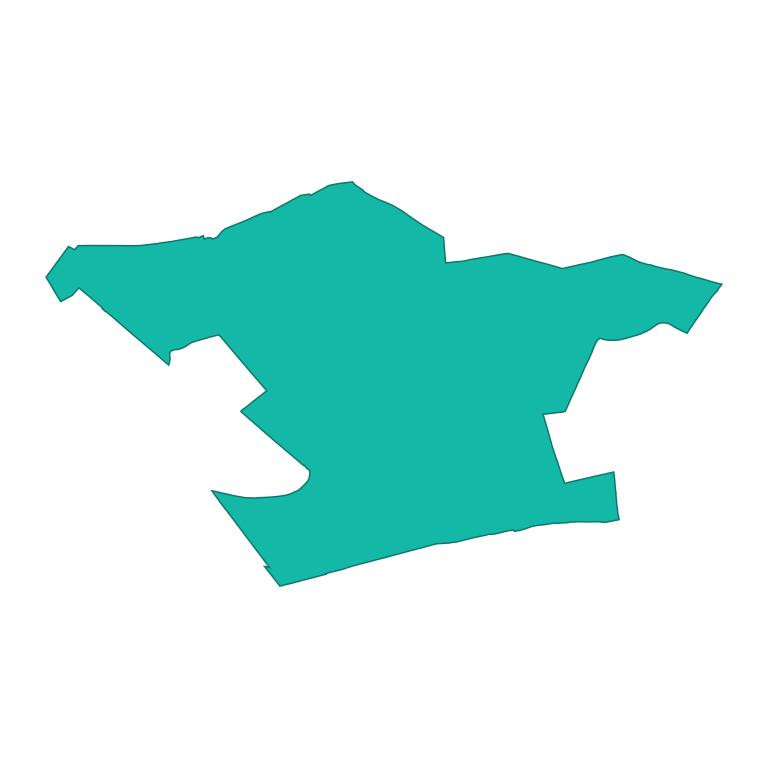 Montfoort, Utrecht, Netherlands
{"feature_id": "6326949B42908335421355", "entity_name": "Montfoort", "entity_type": "district", "adm_level": 2, "iso_a3": "NLD", "parent_name": "Netherlands", "parent_adm1": "Utrecht", "projection": "natural_earth1", "projection_center": [4.943, 52.045], "detail": "fine", "context": "isolated", "style": "filled", "palette": "teal", "viewbox_px": 768, "rotation_deg": 0, "n_neighbors": 0, "source": "geoboundaries", "source_scale": "gbopen_adm2", "svg_char_len": 6025}
<svg xmlns="http://www.w3.org/2000/svg" viewBox="0 0 768 768"><path d="M619.0,518.4L618.1,515.1L618.0,514.7L617.4,508.6L616.9,505.5L616.9,505.2L616.7,503.2L616.7,502.9L616.6,502.5L616.6,502.0L616.6,501.6L616.5,501.2L616.4,499.1L616.3,498.7L615.9,495.8L616.0,495.4L615.8,494.1L616.0,493.8L615.9,493.8L615.6,490.0L615.2,487.6L614.9,482.8L614.9,482.6L614.7,480.5L614.7,480.1L614.4,477.4L613.8,472.0L586.5,478.2L564.6,483.3L563.9,481.0L562.2,476.3L561.8,475.1L560.8,472.3L557.1,460.7L555.6,456.6L552.3,446.6L550.2,439.1L550.1,438.6L548.1,431.4L544.6,419.6L543.1,414.3L544.3,414.2L546.5,414.0L549.9,413.5L560.3,412.3L563.7,411.9L564.9,411.4L565.2,411.3L565.9,410.0L570.3,399.9L576.6,386.1L578.1,382.5L578.8,381.4L579.6,379.4L579.8,379.4L579.9,378.9L580.1,378.4L584.7,367.7L587.2,362.4L588.9,359.2L589.8,357.1L592.4,351.2L592.6,350.6L592.7,350.0L592.7,349.8L592.8,349.6L592.6,349.5L592.8,349.0L593.2,348.3L593.5,347.7L593.6,347.8L594.3,346.4L596.0,342.2L596.4,342.1L596.7,341.5L596.5,341.4L597.2,340.5L600.1,338.2L602.8,339.2L604.6,339.6L606.6,340.0L608.4,340.2L611.7,340.3L616.3,340.2L617.4,340.1L620.3,339.7L624.1,338.8L628.8,337.5L638.1,334.8L640.4,334.0L641.9,333.4L646.6,331.2L649.4,329.7L650.5,329.0L653.7,326.7L655.0,325.9L656.7,324.6L658.0,323.9L658.9,323.5L659.9,323.1L660.7,323.0L662.9,322.8L664.3,322.8L667.0,323.2L668.1,323.4L669.0,323.8L670.4,324.5L674.6,327.1L680.2,330.0L687.1,333.3L689.2,329.9L694.7,321.9L695.3,320.9L695.7,319.9L696.1,319.9L701.9,311.6L702.0,311.2L702.6,310.2L704.3,307.7L705.8,305.8L705.7,305.7L709.0,301.2L708.8,301.1L712.7,295.7L714.5,293.7L714.7,293.4L714.8,293.5L716.7,291.5L717.7,290.5L717.7,289.8L720.4,286.2L721.9,284.3L720.5,283.9L718.7,283.6L716.0,282.8L714.5,282.4L709.6,281.1L704.1,279.4L698.9,277.9L696.6,277.5L694.7,276.8L690.6,275.5L684.7,273.3L675.8,271.0L670.3,269.6L666.1,269.0L660.2,267.6L654.9,266.3L651.0,265.0L648.0,264.6L645.7,264.0L640.9,262.6L639.7,262.2L637.3,261.2L632.7,258.8L631.0,258.0L630.3,257.5L625.8,255.7L624.3,255.0L623.8,254.8L623.0,254.6L621.9,254.7L619.9,255.0L613.1,256.4L611.1,256.8L606.6,258.0L605.3,258.3L600.8,259.6L597.5,260.4L590.4,262.4L578.8,264.8L574.2,265.9L571.0,266.6L563.7,268.3L562.2,268.5L561.6,268.4L556.4,266.8L548.0,264.4L534.8,260.9L529.2,259.3L523.5,257.7L516.3,255.6L514.2,255.1L509.3,253.7L507.5,253.4L502.4,254.1L488.0,256.7L473.1,259.1L467.8,260.1L466.4,260.6L465.3,260.8L460.8,261.5L459.4,261.5L454.8,261.9L448.7,262.6L445.6,262.8L445.5,261.7L445.2,257.0L444.6,251.0L444.3,246.6L443.6,237.5L426.0,227.1L422.7,225.2L415.9,220.7L414.7,219.8L407.6,214.9L404.8,212.8L401.8,210.8L393.7,206.0L392.0,205.1L386.6,202.8L378.5,199.5L373.0,196.7L367.1,193.5L364.5,191.9L363.8,191.5L363.3,190.3L355.8,185.4L353.9,183.6L352.5,181.9L340.2,183.4L334.7,184.3L328.6,185.6L310.6,195.4L309.5,194.1L300.7,195.4L269.8,212.2L269.7,212.1L269.8,212.1L269.5,211.7L261.8,213.4L257.0,215.4L244.4,221.1L228.3,227.5L225.4,228.8L222.8,230.6L221.3,232.1L217.8,236.4L218.0,236.7L212.4,239.2L211.4,237.9L207.3,237.9L204.5,239.1L203.8,237.4L203.2,235.7L198.8,237.6L196.9,237.5L196.7,237.0L172.2,241.4L161.2,242.9L158.2,243.5L149.5,244.5L139.8,245.6L131.1,245.7L91.9,245.5L78.2,245.7L74.5,249.7L68.5,246.5L57.6,261.4L56.2,263.4L55.0,264.9L54.7,265.4L54.1,266.2L52.7,268.1L51.4,270.0L50.1,271.6L46.1,277.2L50.3,284.1L53.5,289.7L56.1,294.1L60.7,301.6L72.3,295.3L78.9,287.9L91.1,298.0L91.9,298.8L95.9,302.2L98.5,304.5L101.3,306.8L103.0,308.6L102.4,308.8L105.2,311.4L106.1,311.7L106.9,312.3L113.8,318.1L131.7,333.6L156.9,354.9L160.9,358.4L164.8,361.8L168.7,365.1L169.7,361.5L170.0,359.6L170.1,358.9L170.0,358.0L169.7,355.1L169.7,354.2L169.8,353.3L169.9,352.6L170.2,352.1L170.8,351.4L171.5,350.9L172.9,350.2L174.0,349.9L174.7,349.7L178.0,349.4L178.8,349.3L179.9,348.9L182.0,348.2L183.2,347.7L185.3,346.5L186.6,345.8L189.6,343.7L191.2,342.8L193.0,342.1L195.7,341.2L211.0,336.8L216.6,335.4L218.8,334.8L220.8,336.9L226.6,343.6L229.6,347.3L232.1,350.3L239.1,358.5L245.6,366.2L249.9,371.2L255.9,378.2L265.4,389.2L266.7,390.8L258.2,397.5L254.1,400.6L251.6,402.7L245.4,407.6L241.5,410.5L241.3,410.7L241.0,411.1L240.9,411.6L258.0,426.5L266.4,433.9L272.6,439.2L273.6,440.0L274.0,440.6L274.4,440.8L275.4,441.6L292.5,456.1L300.5,462.9L301.2,463.6L302.8,464.9L303.8,465.6L304.2,465.3L306.4,467.9L307.3,468.7L309.8,470.6L309.9,472.6L309.7,474.4L309.4,476.7L309.1,478.0L308.7,479.3L307.9,480.7L307.3,481.6L305.2,483.9L300.4,488.6L299.3,489.5L297.8,490.6L293.1,492.6L291.0,493.7L290.1,494.0L287.3,494.8L285.6,495.3L279.9,496.2L274.4,496.8L268.0,497.3L261.1,497.6L254.2,498.0L252.7,498.0L245.5,497.7L243.9,497.5L235.4,496.0L233.2,495.6L226.2,493.9L222.6,493.2L215.1,491.4L213.0,491.0L211.9,490.9L218.2,499.5L222.6,505.6L223.5,506.6L224.5,508.2L226.8,510.8L227.6,511.9L237.3,524.7L237.4,525.3L237.9,525.6L238.9,526.8L244.6,534.5L269.5,567.5L268.9,567.3L267.4,567.0L265.9,566.6L264.5,566.4L278.3,584.0L279.9,586.1L282.0,585.7L283.6,585.1L286.3,584.5L290.3,583.6L295.6,582.2L296.3,582.0L298.1,581.5L300.6,580.9L302.4,580.3L310.5,578.3L319.4,575.9L320.0,575.8L323.0,574.9L326.0,574.2L325.7,573.7L330.4,572.3L335.2,571.2L344.4,568.8L348.2,567.3L350.7,566.7L351.2,566.5L355.0,565.4L360.2,564.0L363.6,563.2L364.7,562.8L368.2,561.9L369.7,561.6L374.3,560.3L388.4,556.7L391.2,555.8L394.8,554.9L399.4,553.7L402.9,552.8L406.0,551.9L424.6,547.0L429.0,545.8L432.4,544.8L437.3,543.7L442.4,543.4L443.0,543.4L447.5,543.1L447.9,543.2L449.6,542.9L450.4,542.7L455.7,542.1L457.6,541.7L469.9,538.6L474.5,537.5L486.8,534.9L488.3,534.4L489.5,534.3L493.0,534.2L494.1,534.1L498.7,533.1L509.1,530.6L510.7,530.5L512.0,530.3L512.5,530.1L513.6,529.9L513.9,530.9L514.5,530.8L514.8,531.4L517.4,530.7L518.8,530.6L522.4,529.7L524.6,529.0L532.7,526.2L538.1,525.3L539.2,525.1L543.6,524.8L553.7,523.2L554.3,523.2L559.7,523.2L563.0,522.8L567.1,522.8L568.6,522.4L571.7,521.9L572.2,521.9L573.1,522.1L576.4,521.9L577.1,521.8L578.7,521.7L586.8,521.9L594.7,521.8L597.4,521.6L601.9,522.1L604.2,522.3L605.3,522.4L614.2,520.6L615.8,520.4L619.1,519.6L618.5,518.5L619.0,518.4Z" fill="#14b8a6" stroke="#0f766e" stroke-width="1.5"/></svg>